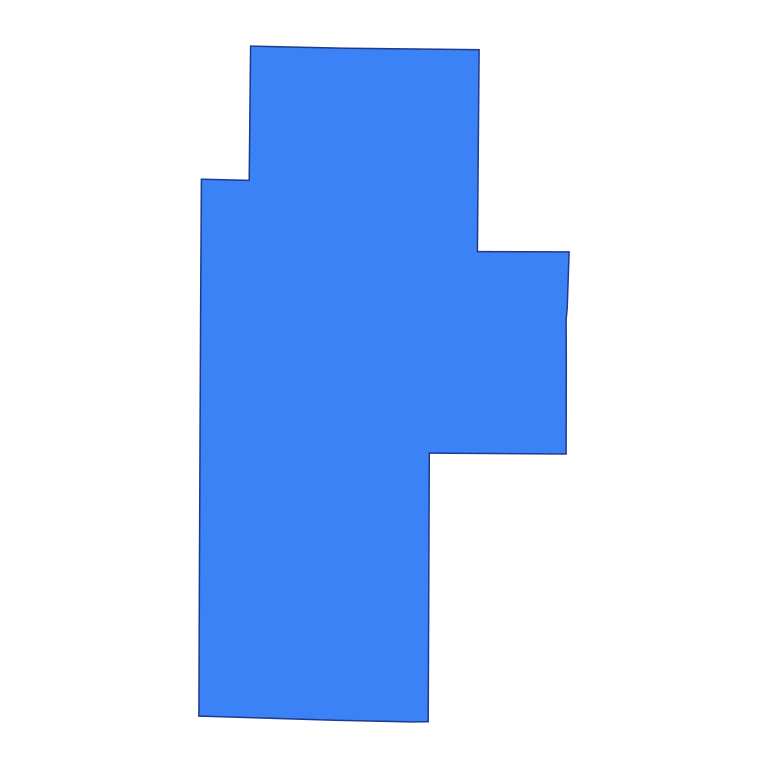 Clay, Indiana, United States of America
{"feature_id": "52423323B18032959823842", "entity_name": "Clay", "entity_type": "district", "adm_level": 2, "iso_a3": "USA", "parent_name": "United States of America", "parent_adm1": "Indiana", "projection": "natural_earth1", "projection_center": [-87.089, 39.388], "detail": "fine", "context": "isolated", "style": "filled", "palette": "blue", "viewbox_px": 768, "rotation_deg": 0, "n_neighbors": 0, "source": "geoboundaries", "source_scale": "gbopen_adm2", "svg_char_len": 368}
<svg xmlns="http://www.w3.org/2000/svg" viewBox="0 0 768 768"><path d="M479.1,49.7L342.5,48.2L250.6,46.1L249.2,180.4L201.4,179.2L201.2,210.5L200.6,313.1L199.4,581.7L198.9,716.1L336.6,720.3L411.2,721.9L428.2,721.7L429.3,453.1L566.1,454.0L566.3,364.9L566.1,319.6L567.2,308.4L569.1,251.9L477.4,251.6L479.1,49.7Z" fill="#3b82f6" stroke="#1e3a8a" stroke-width="1.5"/></svg>